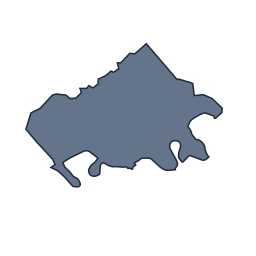 Tensas, Louisiana, United States of America (Robinson projection), rotated 49°
{"feature_id": "52423323B9748869428654", "entity_name": "Tensas", "entity_type": "district", "adm_level": 2, "iso_a3": "USA", "parent_name": "United States of America", "parent_adm1": "Louisiana", "projection": "robinson", "projection_center": [-91.232, 31.991], "detail": "fine", "context": "isolated", "style": "filled", "palette": "slate", "viewbox_px": 256, "rotation_deg": 49, "n_neighbors": 0, "source": "geoboundaries", "source_scale": "gbopen_adm2", "svg_char_len": 2365}
<svg xmlns="http://www.w3.org/2000/svg" viewBox="0 0 256 256"><g transform="rotate(49 128 128)"><path d="M196.8,84.7L194.5,83.8L192.4,82.3L190.2,81.6L189.0,81.5L186.2,81.6L183.6,82.4L182.9,82.8L180.9,84.4L180.2,84.2L175.3,84.0L173.9,83.6L171.8,82.6L168.9,82.0L166.7,81.9L166.0,81.4L164.3,78.1L163.8,76.6L163.5,74.6L163.8,71.6L164.5,67.6L165.3,64.3L166.4,61.0L166.9,60.3L168.1,59.4L174.7,55.6L175.7,55.5L176.1,55.7L177.4,56.4L178.1,55.3L178.0,47.0L174.7,43.9L161.0,45.2L152.3,49.2L147.0,56.7L136.8,49.9L124.5,57.5L123.5,59.2L76.4,58.9L76.5,74.2L72.8,77.6L74.1,90.7L71.8,93.3L77.2,96.0L76.5,102.4L73.9,103.5L73.9,110.2L71.6,118.4L75.1,121.7L74.8,128.1L70.3,129.8L71.0,133.1L66.6,138.3L70.8,140.0L71.2,147.9L67.5,152.6L62.5,153.2L55.4,159.7L53.6,163.3L55.5,181.4L53.0,191.5L62.0,205.9L78.4,206.1L102.2,205.4L107.8,207.2L107.2,212.1L114.0,209.2L119.6,208.4L124.1,208.0L124.6,208.0L131.4,208.0L135.9,207.9L139.2,205.0L140.2,202.8L139.3,200.9L136.3,199.6L133.0,199.3L128.8,201.0L124.8,200.8L123.1,200.7L115.8,201.3L111.4,199.8L111.7,196.6L112.8,190.4L116.6,176.2L117.4,174.9L118.6,173.5L119.9,172.8L121.8,172.3L130.6,170.5L131.0,170.6L132.1,174.9L131.9,179.2L132.1,180.9L132.5,182.3L133.3,184.2L134.0,185.4L134.6,185.9L135.5,186.5L137.6,187.2L139.6,187.1L141.3,186.1L142.8,184.4L143.6,182.9L144.2,179.9L144.1,179.4L139.8,175.2L138.3,173.5L137.9,172.9L137.7,172.2L137.6,171.1L138.0,169.8L138.3,169.3L138.9,168.9L143.4,167.4L147.0,165.2L149.2,162.5L154.2,157.5L155.2,156.3L155.8,155.0L156.3,154.7L157.3,154.8L158.3,154.5L158.6,154.3L159.1,153.4L159.5,153.0L161.2,152.4L161.9,151.8L161.7,151.1L160.7,149.9L161.0,146.8L160.8,146.2L159.0,146.5L158.5,146.3L158.4,146.0L159.4,142.5L159.6,140.3L159.6,138.9L159.8,137.8L160.7,136.3L162.8,133.8L164.7,131.9L166.3,130.8L179.2,129.3L182.8,128.2L185.0,126.8L186.7,125.0L190.6,119.6L189.5,119.1L189.2,117.5L188.7,115.8L188.2,114.8L187.2,113.9L185.2,112.9L177.1,111.1L171.6,109.9L169.9,109.1L168.5,107.9L167.8,106.9L167.2,105.6L167.0,104.8L167.0,103.8L167.1,103.0L167.4,102.2L168.7,100.5L170.6,99.0L171.6,98.6L173.2,98.5L174.4,98.9L176.1,100.2L177.4,101.7L180.0,106.1L182.9,108.7L184.3,109.3L188.8,109.6L189.4,109.3L189.7,108.7L189.0,100.4L189.0,99.8L189.4,99.3L193.1,97.3L200.8,93.1L201.8,92.2L203.0,89.9L202.9,87.9L202.9,85.9L200.7,85.9L199.0,85.5L197.0,84.8L196.8,84.7Z" fill="#64748b" stroke="#1e293b" stroke-width="1.5"/></g></svg>